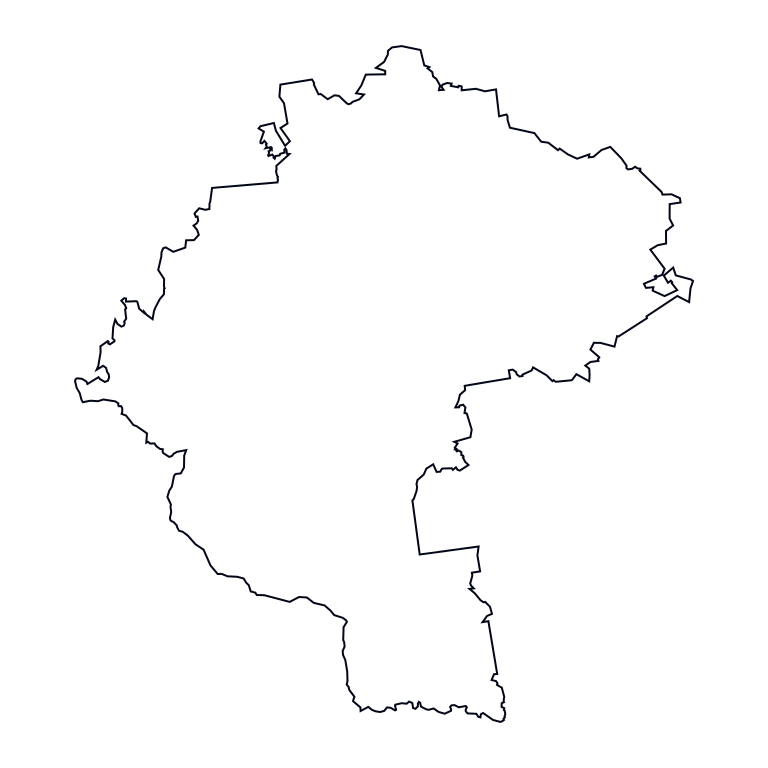 outline of Ģibuļu pag., Talsi, Latvia
{"feature_id": "27541924B60318700247351", "entity_name": "Ģibuļu pag.", "entity_type": "district", "adm_level": 2, "iso_a3": "LVA", "parent_name": "Latvia", "parent_adm1": "Talsi", "projection": "orthographic", "projection_center": [22.362, 57.197], "detail": "fine", "context": "isolated", "style": "outline", "palette": "ink", "viewbox_px": 768, "rotation_deg": 0, "n_neighbors": 0, "source": "geoboundaries", "source_scale": "gbopen_adm2", "svg_char_len": 6065}
<svg xmlns="http://www.w3.org/2000/svg" viewBox="0 0 768 768"><path d="M488.4,621.2L482.6,622.1L487.1,615.9L492.0,613.9L490.0,606.8L485.2,601.9L483.5,602.3L480.5,600.2L474.7,593.2L469.5,588.9L473.8,588.4L471.0,585.5L470.2,583.5L472.3,575.8L471.9,572.7L480.1,571.4L477.4,555.3L478.6,546.5L419.7,554.5L412.4,500.4L413.8,499.0L416.6,490.8L417.1,486.8L416.5,484.2L417.5,480.0L423.7,474.6L426.4,468.6L433.2,464.3L436.6,471.9L440.2,471.7L441.7,469.0L443.0,468.5L451.8,468.3L452.9,469.9L455.9,467.3L457.4,469.7L459.8,470.6L468.5,465.0L465.3,462.0L463.0,457.7L463.6,457.2L463.2,455.7L461.4,455.1L461.3,452.1L458.6,450.5L456.8,451.3L456.2,450.4L457.0,450.0L456.6,448.9L455.0,449.1L455.4,448.3L454.8,447.7L457.6,443.5L454.3,441.8L470.4,437.2L471.7,429.6L466.8,413.5L464.5,413.0L465.4,407.4L463.1,404.7L459.5,405.6L459.1,407.3L455.4,407.4L458.4,401.1L459.9,394.7L465.1,390.2L464.7,385.8L510.1,378.2L508.8,370.3L512.7,369.6L516.1,372.1L516.7,374.3L519.5,376.5L522.6,376.0L522.5,374.6L531.6,370.5L533.1,367.4L546.6,375.3L552.4,381.1L553.5,380.2L555.8,381.8L571.9,380.2L576.4,374.2L589.2,381.3L589.6,374.9L589.2,368.6L585.3,365.6L590.4,362.0L598.4,360.9L597.9,359.4L599.3,357.3L590.4,349.6L593.9,342.8L600.5,342.9L614.5,346.6L617.1,336.1L618.5,336.5L647.0,318.2L646.5,316.4L677.3,296.0L689.1,302.1L690.5,288.4L693.0,281.0L691.0,279.5L675.8,275.4L673.2,267.6L663.8,275.6L668.0,282.7L670.9,280.7L672.2,282.2L671.7,283.1L677.2,290.1L664.6,296.1L652.7,290.7L653.4,287.2L646.0,287.9L643.9,283.8L656.0,278.6L654.7,276.3L656.1,275.5L657.2,276.8L662.0,274.9L662.9,273.0L664.6,268.7L650.3,249.6L657.7,245.2L666.1,243.5L666.0,230.9L673.1,225.5L669.6,218.6L669.7,204.1L680.6,202.5L679.9,198.2L671.5,194.3L662.5,194.6L661.5,191.9L639.6,170.7L640.4,170.0L640.3,168.7L637.1,168.3L635.2,166.7L632.2,168.8L628.0,169.4L626.4,168.1L626.5,165.6L621.4,158.4L610.3,146.9L601.5,150.0L593.5,156.8L588.8,157.4L589.3,154.4L577.1,158.7L567.9,154.4L559.7,148.6L558.0,150.2L548.3,142.7L541.2,141.7L534.4,133.1L509.9,127.7L507.6,120.0L507.5,116.1L506.5,114.5L499.1,116.3L496.0,89.4L485.0,91.3L475.9,88.8L461.7,90.3L461.7,86.5L461.0,86.2L458.6,85.8L458.3,87.3L450.8,85.9L451.6,83.6L447.1,83.0L442.5,84.7L441.5,86.9L443.6,89.8L438.9,90.2L440.0,85.4L436.2,78.7L433.1,76.5L432.3,72.1L427.6,68.4L429.3,67.1L424.3,65.4L420.5,50.0L401.6,46.1L392.1,47.4L388.0,50.8L387.8,54.6L384.1,61.9L375.9,67.9L385.2,70.9L385.2,74.3L365.8,74.6L361.3,85.5L356.1,93.3L364.0,94.5L359.4,99.3L352.5,101.9L350.8,103.6L348.3,104.2L346.6,103.2L339.0,95.9L334.5,95.3L327.7,99.2L320.7,94.0L318.5,94.3L313.8,84.5L314.2,83.1L312.0,79.5L280.4,84.6L279.4,96.7L284.0,103.2L287.5,123.5L280.5,128.0L289.9,141.2L285.1,145.8L275.9,130.8L273.9,123.0L260.5,126.2L258.6,128.4L263.9,131.7L260.4,141.4L260.6,143.1L262.2,143.3L264.4,140.9L266.7,143.8L266.0,144.6L266.7,146.7L265.5,148.3L271.0,147.1L271.8,147.9L271.8,149.6L270.6,148.6L270.1,149.1L270.4,150.6L268.6,151.2L269.1,153.5L268.1,155.2L268.5,156.0L272.3,154.6L274.0,156.8L273.6,157.8L274.7,158.7L275.6,156.0L279.6,155.4L280.2,153.8L284.5,152.6L284.3,149.6L285.4,148.4L286.4,149.7L286.9,153.7L289.5,154.0L276.3,165.9L276.6,169.4L276.0,171.2L277.0,175.5L278.0,176.9L277.4,178.2L278.0,179.6L277.5,182.4L212.1,187.9L210.2,201.7L209.5,203.6L209.4,209.0L205.3,209.8L199.2,208.3L194.5,213.5L195.9,216.9L197.5,216.5L198.2,220.8L196.8,223.3L193.5,225.6L197.1,229.9L198.8,234.9L194.0,240.1L186.1,240.3L185.3,247.6L173.3,251.8L165.7,247.4L163.1,248.3L161.5,252.5L161.3,256.6L158.2,270.0L164.1,278.9L164.0,286.3L164.6,288.2L164.1,288.3L163.9,294.3L159.8,299.1L155.6,307.1L154.0,311.0L152.6,319.2L146.6,314.8L144.0,311.6L143.9,312.8L139.2,308.7L137.4,302.0L136.5,301.2L126.0,301.6L126.0,298.5L124.1,298.2L121.3,300.7L124.9,304.9L126.2,308.3L125.1,309.5L126.2,318.7L124.1,321.7L124.7,323.1L123.8,325.6L121.4,326.6L117.5,324.0L115.2,319.6L113.2,327.1L112.5,338.5L114.5,340.2L114.5,341.3L109.9,344.4L108.3,343.5L108.6,341.8L107.8,341.1L100.4,346.3L100.6,352.2L98.3,365.9L96.6,369.8L103.1,365.8L106.1,367.9L107.0,371.7L108.7,374.3L109.1,377.2L108.0,380.6L104.9,382.0L99.9,379.0L98.5,377.2L87.4,384.0L86.5,381.6L82.0,378.8L77.1,378.3L75.7,379.2L75.0,381.1L76.7,387.9L79.8,393.3L81.4,399.6L82.8,402.2L90.5,400.7L97.9,401.2L103.5,399.5L115.4,401.4L118.4,403.4L118.2,404.8L118.7,406.2L121.0,406.1L122.2,408.0L122.3,411.7L121.6,413.9L126.0,415.5L133.5,425.1L136.5,426.1L147.0,433.4L146.3,442.7L148.0,441.8L150.2,443.6L154.4,443.4L156.4,446.3L160.0,448.9L162.8,449.3L162.6,451.8L163.3,453.1L169.2,456.9L171.9,456.0L173.6,453.8L176.8,451.9L186.2,450.1L184.2,455.6L184.0,467.5L180.8,473.4L175.5,474.0L174.0,476.0L171.9,486.5L169.3,490.6L167.4,496.9L170.9,504.5L170.5,506.8L171.2,512.1L169.9,518.2L170.6,520.5L173.9,522.4L176.9,525.6L176.9,526.8L179.1,530.8L182.6,531.7L187.7,535.5L195.4,544.2L203.6,549.7L210.5,565.5L217.7,574.0L221.7,573.9L227.5,576.3L237.3,576.8L243.7,578.5L246.2,582.7L248.8,585.2L250.7,591.4L255.4,592.7L256.7,595.0L264.3,595.2L289.7,601.9L299.0,597.0L306.9,597.5L313.8,602.9L324.5,605.4L330.3,610.4L334.2,615.1L342.7,617.8L346.2,620.4L346.9,621.9L343.6,627.1L343.2,640.0L344.2,642.3L344.6,646.5L342.7,651.0L343.0,654.9L345.3,660.0L347.2,671.3L347.5,681.0L346.7,684.5L348.6,687.0L349.4,690.1L354.4,696.7L353.0,701.1L360.4,707.4L360.6,711.0L368.3,706.9L372.2,710.0L375.9,711.4L380.2,712.0L384.2,710.9L387.1,707.4L390.7,707.8L395.1,710.4L396.1,709.8L395.0,705.7L395.3,704.7L401.7,703.2L406.7,703.7L409.1,701.6L412.3,703.0L413.1,708.0L415.5,708.8L417.9,706.3L417.9,703.4L418.9,701.9L420.2,702.9L421.0,706.6L426.2,709.3L428.6,709.8L433.7,708.5L438.5,711.9L444.7,713.7L451.0,710.8L451.1,709.2L450.1,707.0L451.4,705.4L454.5,705.1L458.9,707.3L465.7,706.0L466.8,707.2L465.7,709.6L465.8,711.4L467.6,713.4L476.4,713.8L478.3,716.8L480.4,717.4L480.9,714.2L483.1,713.0L492.9,719.9L500.2,721.9L502.3,721.2L504.0,719.9L503.5,718.9L504.9,717.2L504.5,716.4L505.3,714.3L504.6,710.4L503.9,710.0L504.3,708.1L501.6,707.0L501.7,703.2L504.0,702.2L503.6,701.2L504.2,696.7L501.8,687.7L497.0,684.9L497.5,683.3L496.0,681.1L491.6,680.0L494.0,674.2L497.2,674.0L488.4,621.2Z" fill="none" stroke="#020617" stroke-width="2"/></svg>